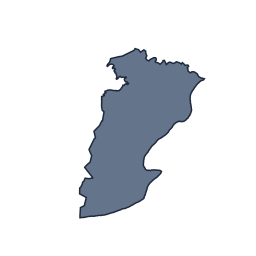 Yala, Cross River, Nigeria, rotated 145°
{"feature_id": "59680162B30655337934726", "entity_name": "Yala", "entity_type": "district", "adm_level": 2, "iso_a3": "NGA", "parent_name": "Nigeria", "parent_adm1": "Cross River", "projection": "orthographic", "projection_center": [8.567, 6.667], "detail": "fine", "context": "isolated", "style": "filled", "palette": "slate", "viewbox_px": 256, "rotation_deg": 145, "n_neighbors": 0, "source": "geoboundaries", "source_scale": "gbopen_adm2", "svg_char_len": 4561}
<svg xmlns="http://www.w3.org/2000/svg" viewBox="0 0 256 256"><g transform="rotate(145 128 128)"><path d="M186.1,120.6L185.4,107.8L185.7,107.3L189.2,109.0L191.9,111.5L194.5,109.8L196.3,109.6L197.7,108.2L200.6,106.7L202.0,106.5L205.4,101.8L202.0,95.0L208.4,89.4L212.6,90.1L217.9,83.4L218.8,82.0L217.4,81.3L215.8,80.3L214.5,79.6L212.9,79.0L211.2,78.3L210.6,77.9L209.6,77.3L208.3,76.6L206.0,74.9L204.7,74.6L203.4,73.6L202.7,73.6L201.7,72.9L200.4,71.9L199.4,71.5L198.1,70.8L197.1,70.2L195.8,69.8L194.5,69.2L192.8,68.8L191.9,68.5L189.6,67.8L189.1,67.5L188.2,67.1L186.6,66.8L185.3,66.4L184.0,66.1L182.7,65.8L180.4,65.1L179.0,65.1L177.7,64.4L176.4,63.7L175.7,63.6L175.2,63.5L174.5,63.4L174.4,63.4L173.1,63.0L171.5,62.7L169.8,62.7L168.2,62.3L166.2,62.3L163.9,62.0L162.3,61.6L161.0,61.4L160.3,61.3L158.7,61.3L156.3,61.2L155.4,61.2L154.7,61.9L153.4,62.9L152.4,63.2L151.4,64.2L151.0,64.5L150.4,64.9L148.7,66.2L147.7,66.9L147.1,67.5L145.4,68.8L145.2,69.0L144.1,69.5L143.1,69.8L141.8,70.2L141.1,70.5L140.1,70.5L138.5,70.8L135.9,71.1L133.9,71.1L133.7,71.1L132.2,71.1L130.9,71.4L128.0,71.9L127.3,72.1L125.6,73.0L125.6,73.7L126.0,74.7L126.1,74.9L126.6,75.4L127.6,76.1L128.6,77.1L129.9,78.1L131.2,79.1L131.9,79.4L132.8,80.1L134.2,80.4L135.1,81.5L136.1,81.8L136.8,82.8L137.4,83.8L137.1,85.5L137.1,86.5L137.1,87.8L136.1,89.8L134.7,91.1L134.4,91.8L133.7,92.5L132.7,93.4L132.1,94.1L131.4,94.8L130.1,95.4L129.1,95.8L127.5,96.4L125.8,96.7L123.8,97.7L121.8,98.4L119.2,99.4L116.9,99.7L114.9,100.0L113.3,100.3L111.3,101.0L109.3,101.3L106.7,100.9L105.4,100.9L103.4,100.9L101.1,100.9L99.1,101.2L97.4,101.5L95.5,102.5L93.2,102.9L90.8,103.5L89.9,104.2L88.5,104.5L87.5,104.8L86.2,104.8L85.2,104.8L84.6,104.8L83.3,104.4L82.3,104.4L81.6,103.4L80.3,102.4L79.3,101.8L78.0,101.4L77.0,101.4L75.7,101.4L74.7,101.7L73.4,101.7L72.1,102.4L70.8,102.7L70.1,103.0L68.4,104.0L67.1,105.0L65.8,106.0L65.1,107.3L64.4,108.6L64.1,109.0L63.8,110.0L62.8,111.6L62.5,113.0L61.8,113.6L61.1,115.0L60.5,116.3L59.8,117.0L59.1,118.0L58.1,119.0L56.5,120.3L55.5,120.6L54.5,121.3L52.8,121.9L51.8,122.2L50.5,122.9L49.2,123.2L47.5,123.9L46.2,124.2L44.9,124.5L43.9,124.5L42.6,124.8L41.0,124.8L40.0,124.5L38.7,124.1L37.2,124.5L39.4,127.1L39.9,128.0L40.7,129.7L40.2,132.6L41.5,135.9L43.2,137.3L43.3,137.4L45.3,137.4L46.1,139.9L45.8,141.2L45.0,142.0L44.9,143.1L44.9,143.3L42.9,143.8L42.9,145.3L45.2,146.5L45.5,148.5L46.0,150.4L47.5,149.8L48.4,151.8L50.4,154.5L52.4,154.5L53.8,154.8L55.8,157.8L57.2,158.4L58.0,158.3L59.0,158.1L60.2,158.0L59.8,159.3L59.7,161.0L59.4,162.5L60.5,163.1L61.8,162.3L63.9,161.9L65.2,161.8L65.7,163.5L66.6,165.0L67.7,165.9L67.6,166.6L67.4,167.1L65.9,167.4L65.1,168.8L65.1,169.7L66.5,170.8L70.6,171.4L72.2,171.0L73.2,172.2L73.5,173.4L73.6,174.9L71.2,176.3L70.8,178.0L70.7,178.4L70.2,179.8L69.4,180.8L69.5,181.0L70.2,182.9L70.7,182.9L74.2,182.9L74.5,186.2L76.5,188.7L76.7,189.0L78.5,188.1L91.7,190.2L94.4,191.6L102.4,194.8L104.5,193.0L106.3,192.2L108.2,191.8L109.6,191.0L109.3,190.2L108.4,190.4L106.4,190.5L104.8,189.8L103.8,188.5L103.7,186.9L104.2,186.6L105.4,186.7L106.3,186.1L106.5,185.6L105.3,185.2L104.8,184.7L104.6,183.7L104.7,183.3L105.0,183.3L105.4,183.5L105.9,183.4L106.3,183.0L106.7,182.8L106.7,182.5L106.2,182.0L106.4,181.4L106.9,181.0L107.0,180.7L106.5,180.4L106.4,180.0L106.8,179.0L107.0,178.3L107.7,176.3L108.2,175.8L109.2,175.4L109.4,174.8L109.3,174.4L108.7,174.4L108.0,174.3L107.0,174.6L106.0,174.8L105.5,175.0L104.6,174.7L104.6,174.0L104.4,173.2L103.1,172.7L102.8,172.4L102.0,171.6L101.1,171.1L100.5,171.0L100.4,170.7L100.5,170.3L101.1,170.3L101.5,170.5L101.9,170.8L102.6,170.3L103.3,169.7L103.5,168.5L103.5,167.1L102.8,166.7L102.4,166.5L102.6,165.7L102.9,165.5L102.7,165.2L102.0,164.6L102.0,164.3L102.5,164.0L103.3,163.9L103.7,164.7L104.6,165.5L105.8,165.5L106.3,165.1L107.5,166.0L108.8,165.2L109.2,164.9L110.6,164.5L111.8,163.9L112.4,163.9L113.2,164.0L113.9,163.7L114.5,164.1L115.1,164.4L115.7,164.9L116.1,165.4L116.5,165.5L116.9,165.9L117.1,166.2L117.8,166.5L118.5,167.1L119.5,168.2L120.5,169.2L123.0,170.7L124.3,170.7L124.8,170.8L125.5,171.3L125.9,171.2L126.1,170.8L126.1,169.5L126.4,169.5L127.1,169.9L127.7,169.8L128.1,169.5L128.5,169.4L129.1,169.4L129.1,168.9L128.9,168.7L128.7,168.4L128.8,168.1L129.1,168.2L131.1,168.7L131.4,168.9L131.8,168.7L131.8,168.2L132.1,167.9L132.5,167.6L132.6,166.8L133.4,166.4L134.1,165.1L137.1,161.1L138.9,157.4L138.4,155.0L144.7,148.6L145.4,148.8L149.9,146.3L157.7,144.9L160.3,138.6L161.8,138.5L172.2,132.8L172.6,131.5L173.5,126.8L173.5,126.3L178.6,121.8L181.9,121.5L185.9,120.7L186.1,120.6Z" fill="#64748b" stroke="#1e293b" stroke-width="1.5"/></g></svg>